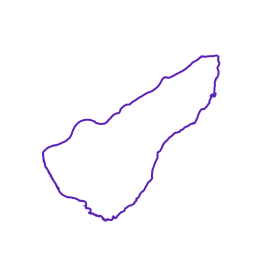 outline of Atauro, Dili, East Timor, rotated 17°
{"feature_id": "22284137B11289182458696", "entity_name": "Atauro", "entity_type": "district", "adm_level": 2, "iso_a3": "TLS", "parent_name": "East Timor", "parent_adm1": "Dili", "projection": "albers", "projection_center": [125.573, -8.218], "detail": "fine", "context": "isolated", "style": "outline", "palette": "violet", "viewbox_px": 256, "rotation_deg": 17, "n_neighbors": 0, "source": "geoboundaries", "source_scale": "gbopen_adm2", "svg_char_len": 5737}
<svg xmlns="http://www.w3.org/2000/svg" viewBox="0 0 256 256"><g transform="rotate(17 128 128)"><path d="M191.6,32.8L190.9,33.0L187.8,34.7L186.3,35.0L183.8,36.0L181.9,36.8L180.7,37.5L180.2,37.6L179.7,37.4L178.5,37.7L177.7,38.4L177.3,38.1L176.9,38.7L176.5,39.1L176.4,39.7L175.8,40.4L175.4,41.3L172.9,44.4L172.2,45.0L171.5,45.4L171.3,45.9L170.4,46.7L169.9,48.2L169.3,49.3L165.8,54.7L163.3,57.7L160.0,60.8L155.7,65.3L153.3,67.4L152.1,68.2L150.9,68.5L150.2,68.2L149.9,68.2L147.6,69.3L147.2,69.9L146.5,72.0L145.2,77.9L144.3,79.8L142.9,82.2L140.4,85.4L139.1,86.6L136.6,88.4L136.3,88.9L134.8,90.1L131.4,94.2L129.7,95.6L127.6,98.5L124.4,102.1L122.9,104.8L122.4,105.1L121.0,105.6L119.6,106.2L117.9,107.9L116.2,110.6L115.5,112.1L115.4,112.9L115.5,114.4L115.1,115.9L114.9,116.3L114.5,116.7L113.9,116.8L112.6,117.5L111.3,118.9L110.9,119.1L110.2,119.8L109.7,120.9L109.2,121.6L108.7,123.3L107.3,125.6L105.7,129.2L104.9,129.9L104.5,130.5L103.8,131.0L102.7,131.3L101.9,131.7L100.6,132.1L98.8,132.4L96.9,132.5L95.2,132.3L94.1,131.5L93.5,131.6L90.2,131.3L87.4,131.7L86.5,132.0L83.9,133.1L81.5,134.7L80.4,135.7L78.7,137.8L78.0,139.1L77.0,141.6L76.7,142.7L76.5,143.0L76.6,143.3L76.2,145.3L76.0,147.6L75.9,148.1L76.0,148.7L75.9,150.2L75.3,154.0L74.4,155.6L73.2,157.3L72.5,158.6L66.4,164.0L64.9,164.9L64.6,165.3L64.0,165.8L63.8,165.9L63.7,165.7L62.8,165.9L62.8,166.1L61.6,166.7L57.5,170.0L56.8,170.8L56.6,170.9L55.0,173.9L54.5,174.4L54.0,175.9L54.2,176.7L54.1,177.0L54.7,179.0L55.2,179.7L55.5,180.7L56.0,181.2L56.0,181.8L56.3,182.2L56.4,182.8L56.6,183.1L57.1,183.4L57.1,183.6L56.9,183.7L57.0,184.3L57.3,184.3L57.6,184.6L57.5,184.9L58.2,185.3L58.9,186.4L60.0,188.9L61.2,189.7L61.5,190.1L62.0,190.1L62.1,190.4L62.6,190.8L63.1,191.2L64.9,192.9L65.2,193.4L65.1,193.5L65.6,193.9L65.6,194.2L66.4,194.4L66.8,194.8L67.6,195.3L67.5,195.5L68.0,195.8L68.0,196.0L68.2,195.9L68.8,196.8L69.1,196.8L69.4,197.4L69.4,197.6L70.1,198.2L70.0,198.4L70.3,198.6L70.6,198.5L70.9,198.8L71.1,199.1L71.3,199.3L71.8,199.7L71.9,199.9L72.1,200.1L73.1,200.8L73.9,201.6L74.3,201.8L75.2,202.7L75.4,202.7L76.4,204.0L77.0,204.4L76.8,204.4L76.8,204.5L77.0,204.9L77.6,205.4L77.8,205.4L78.0,205.8L78.3,206.0L79.1,205.9L79.3,206.1L79.2,206.5L79.3,206.5L79.4,206.9L79.6,206.9L79.8,207.6L81.0,208.7L81.1,208.9L82.0,209.4L82.4,209.7L83.9,210.5L84.0,210.7L85.5,211.1L87.3,211.4L88.3,211.7L90.2,211.8L91.7,211.6L92.7,211.4L92.9,211.2L93.1,211.3L94.8,210.9L95.5,210.9L95.6,211.0L98.6,210.7L99.5,211.0L99.9,210.9L100.2,211.0L100.8,210.9L101.0,211.1L102.1,211.4L102.3,211.7L102.6,211.8L103.1,211.7L103.4,211.4L104.6,211.4L105.8,210.9L106.0,210.9L105.9,211.1L107.3,210.9L108.2,211.1L109.1,211.4L109.1,211.5L109.6,211.9L110.3,212.9L110.4,214.1L110.3,214.4L110.4,214.9L110.2,215.0L110.6,215.1L110.7,215.4L111.0,215.6L110.9,216.1L111.4,216.4L111.4,216.8L112.0,216.8L112.7,216.5L113.9,216.5L114.3,216.2L115.5,216.5L115.9,216.8L116.4,217.6L116.6,219.2L116.2,220.3L115.9,220.2L115.6,220.2L115.5,220.4L115.7,220.6L116.6,220.8L117.4,220.9L117.8,220.7L118.0,220.2L118.8,220.0L119.4,220.2L119.6,220.1L119.9,220.2L120.4,220.2L120.8,220.4L120.8,220.7L121.2,220.8L121.6,220.5L122.5,220.6L122.8,220.9L123.1,220.5L123.8,220.5L124.0,220.6L124.0,221.0L124.4,221.2L124.7,220.9L126.2,220.9L126.2,220.6L126.7,220.1L127.8,220.1L128.3,220.2L128.7,220.5L129.1,220.8L129.2,221.1L129.7,221.0L130.5,221.4L130.7,221.9L130.7,222.2L131.6,222.2L131.6,222.3L131.7,222.7L132.3,222.4L132.4,222.7L132.6,222.7L132.9,222.7L133.1,223.0L133.5,223.2L134.3,222.6L134.4,221.8L135.3,221.1L135.5,221.1L135.8,221.5L136.8,221.1L138.2,221.1L139.1,220.9L139.4,220.5L139.9,219.3L140.0,219.1L139.5,217.9L139.8,217.6L140.0,216.8L140.4,217.0L140.9,217.3L140.9,217.5L141.2,217.5L141.9,218.0L142.9,217.4L143.1,217.0L143.3,216.4L143.2,216.1L143.4,215.6L143.5,215.2L144.0,214.6L144.5,213.2L145.1,212.3L145.7,211.0L148.4,208.7L148.8,207.7L148.8,205.9L149.0,205.5L149.7,205.0L150.0,204.4L151.6,202.4L152.8,201.4L153.9,200.9L155.3,199.1L155.9,198.7L156.2,198.1L156.0,196.6L157.0,195.7L157.3,194.9L157.0,193.9L157.1,193.6L156.7,193.4L156.6,193.1L156.8,192.7L157.5,192.5L158.1,191.6L158.6,190.7L158.6,189.9L158.8,189.5L158.6,188.7L159.0,187.2L159.6,185.6L161.1,183.7L161.7,182.1L162.1,179.3L162.7,177.2L162.9,175.4L163.2,174.4L163.5,173.7L164.3,172.9L164.5,172.1L165.2,171.0L165.8,168.9L165.8,168.5L165.3,168.0L164.8,166.5L163.6,160.8L163.9,158.0L164.0,153.8L164.9,147.9L164.7,146.9L163.9,144.5L163.6,142.6L163.8,142.3L165.3,140.9L166.2,136.8L166.4,133.8L166.6,132.8L166.9,132.5L167.5,130.7L169.1,128.2L170.3,125.1L171.4,123.8L172.0,122.8L172.4,122.6L173.0,121.2L174.2,119.0L175.7,118.3L176.2,118.2L176.7,117.5L177.5,117.0L178.3,116.8L179.4,114.3L180.5,113.7L181.4,112.3L181.9,111.1L182.2,110.9L182.9,109.9L183.0,109.7L183.6,109.6L184.6,108.8L186.6,106.1L187.8,105.6L188.7,104.3L189.3,104.2L189.5,104.4L190.6,103.3L190.6,103.0L190.9,101.3L191.1,99.2L191.4,97.5L191.3,96.1L191.4,94.5L191.8,91.6L192.3,89.6L193.1,88.4L193.5,88.2L194.2,88.1L195.2,87.7L195.7,86.6L196.5,85.6L196.7,85.0L197.4,83.6L197.9,81.4L198.5,80.6L198.5,80.0L198.0,78.7L198.0,78.1L198.4,76.0L198.5,74.7L198.9,74.1L198.9,73.8L198.7,73.2L198.4,72.9L198.4,73.2L198.1,73.2L198.0,72.5L198.4,72.0L198.6,72.2L198.3,72.6L198.8,72.5L198.7,72.0L198.9,71.9L198.9,71.5L199.3,71.0L199.7,71.1L199.4,71.6L199.7,71.5L199.7,71.8L199.9,71.9L200.0,72.3L200.3,72.1L200.8,72.4L201.2,72.4L201.3,72.6L201.7,72.3L201.6,71.0L202.0,70.4L201.6,69.5L201.3,69.7L200.7,69.6L200.4,69.4L200.2,69.0L199.0,64.2L198.7,62.2L197.6,58.9L197.8,56.6L197.6,55.1L198.0,54.9L198.4,53.5L198.7,53.0L198.9,50.6L198.6,49.1L198.2,48.5L198.1,47.4L197.1,45.9L196.3,45.1L195.9,44.3L196.5,41.3L196.5,39.5L196.1,38.8L194.4,37.1L194.5,36.6L193.9,35.5L194.1,34.6L193.8,33.6L193.1,33.0L191.6,32.8Z" fill="none" stroke="#5b21b6" stroke-width="2"/></g></svg>